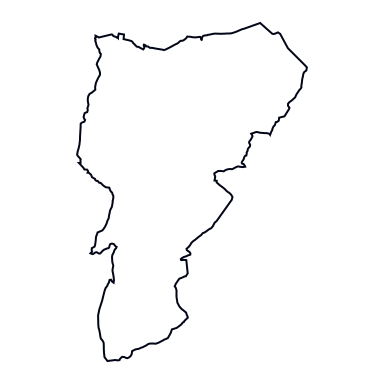 Atempan, Puebla, Mexico
{"feature_id": "50627088B4363090136249", "entity_name": "Atempan", "entity_type": "district", "adm_level": 2, "iso_a3": "MEX", "parent_name": "Mexico", "parent_adm1": "Puebla", "projection": "albers", "projection_center": [-97.445, 19.802], "detail": "fine", "context": "isolated", "style": "outline", "palette": "ink", "viewbox_px": 384, "rotation_deg": 0, "n_neighbors": 0, "source": "geoboundaries", "source_scale": "gbopen_adm2", "svg_char_len": 5814}
<svg xmlns="http://www.w3.org/2000/svg" viewBox="0 0 384 384"><path d="M107.5,361.0L115.3,360.0L116.3,360.1L117.3,360.4L119.5,360.1L119.9,359.0L122.1,356.8L124.5,357.1L125.0,357.4L126.2,358.0L127.2,358.2L128.9,357.5L130.6,356.1L131.7,354.2L132.1,351.1L135.5,349.4L138.8,348.8L140.7,347.9L142.7,347.2L145.9,345.6L148.2,344.1L149.7,343.6L152.1,343.5L155.9,343.7L159.0,342.5L160.6,341.6L162.7,340.6L164.0,339.7L166.1,338.9L167.9,338.0L170.6,333.2L171.9,329.4L176.7,327.9L179.7,325.7L181.4,324.3L182.8,322.5L184.0,321.9L184.5,320.8L187.8,317.7L187.5,316.3L186.8,315.0L186.1,312.6L183.1,310.1L181.7,309.1L179.4,306.5L177.4,302.7L176.5,296.8L176.5,290.4L176.2,289.2L175.6,287.5L174.7,286.4L175.8,283.8L178.1,280.4L179.3,278.7L182.2,277.6L184.8,276.3L185.8,276.3L187.7,273.4L186.3,260.1L184.1,259.9L181.2,260.1L180.8,259.1L181.5,258.4L183.8,257.0L186.5,256.2L188.1,255.3L189.3,255.1L190.3,254.6L190.4,253.3L189.5,252.0L186.9,250.2L186.5,248.9L188.8,246.8L190.4,244.7L191.1,243.2L193.0,241.3L195.0,239.9L199.5,236.2L200.9,235.3L202.9,233.0L204.3,232.6L206.1,231.5L208.4,229.7L209.4,229.1L211.2,228.2L212.8,226.3L214.7,222.6L216.5,221.2L231.7,199.9L232.5,197.0L231.2,194.8L230.0,193.5L228.9,192.6L227.9,192.0L226.7,191.1L224.8,189.1L223.2,187.7L219.5,185.0L218.2,183.8L216.7,182.5L216.7,180.8L214.5,180.5L215.0,178.1L215.2,176.3L214.5,174.9L214.3,173.4L215.8,172.4L216.8,171.9L217.9,171.1L220.3,170.9L223.7,171.3L225.8,169.9L227.9,169.3L229.4,169.0L230.8,169.1L232.4,169.1L236.7,166.8L238.3,166.4L240.1,166.8L242.8,167.1L245.2,166.7L244.8,165.8L244.2,165.0L243.8,164.2L243.3,163.9L242.3,163.8L241.7,162.9L241.8,162.2L242.4,161.1L243.2,160.0L243.7,159.1L244.1,157.6L244.7,156.3L245.4,155.7L246.3,155.5L246.3,155.1L246.7,153.8L246.7,152.4L247.6,150.7L247.9,148.9L248.8,147.7L249.9,146.5L250.2,144.9L249.1,142.8L249.3,141.5L251.0,139.3L252.5,136.3L252.3,135.5L251.2,133.7L253.7,132.9L255.8,132.1L257.2,132.0L259.7,132.7L264.8,133.1L266.7,133.1L268.7,133.6L269.5,134.0L270.1,134.9L271.3,131.6L272.2,130.3L272.5,128.5L272.8,128.0L273.6,126.3L274.6,125.5L275.2,124.1L275.8,122.1L277.2,121.9L278.8,120.6L279.1,117.7L284.5,116.3L288.9,109.3L289.2,108.6L289.4,107.5L288.4,106.5L288.0,105.6L288.0,103.8L288.9,102.7L289.8,101.8L291.3,100.8L292.8,99.5L295.1,97.4L296.5,94.3L298.0,92.1L299.3,90.1L300.7,88.6L301.4,87.5L301.3,86.0L301.9,82.3L302.2,79.3L303.0,76.0L303.4,73.6L304.3,72.0L306.3,70.5L306.9,67.3L303.9,64.2L287.9,48.2L280.1,33.8L277.9,32.4L275.5,33.5L273.6,34.0L272.3,33.8L260.1,23.0L243.6,28.9L242.6,29.1L242.3,29.1L236.8,31.5L233.8,32.6L231.0,33.4L227.6,33.5L223.4,33.7L221.2,33.8L215.3,33.6L214.1,33.7L211.8,34.1L209.8,34.6L207.7,34.9L206.9,35.3L205.4,35.4L204.5,35.5L203.7,35.7L202.9,36.2L202.5,36.8L202.2,37.3L202.0,38.0L201.9,38.7L201.8,39.8L201.7,39.9L201.4,39.8L201.2,39.5L200.8,38.1L200.7,37.4L200.4,37.0L200.1,36.9L198.5,37.0L195.7,37.4L193.9,37.3L192.3,37.2L191.0,36.9L189.4,36.7L187.2,36.6L186.2,38.2L184.4,39.7L182.9,40.6L182.5,40.7L180.8,40.8L180.1,41.2L179.4,41.7L178.3,42.9L176.9,43.7L174.4,44.9L171.0,46.8L165.9,49.4L163.9,50.1L163.5,49.9L162.1,49.6L155.9,48.6L152.3,47.9L151.6,47.8L150.6,47.9L149.9,47.8L148.0,46.5L146.6,46.4L146.1,46.2L145.6,45.4L144.0,44.6L143.8,44.9L143.8,45.7L143.9,46.2L144.2,46.8L144.4,47.6L144.2,48.0L143.8,48.7L143.2,49.4L141.8,48.6L140.8,48.2L138.6,46.9L137.2,46.8L136.8,46.6L136.0,45.9L134.8,44.6L133.1,43.0L132.8,42.4L132.2,41.6L131.5,41.1L129.2,40.4L123.6,39.1L124.0,34.5L118.8,33.6L118.2,35.9L118.0,37.1L118.0,37.9L118.0,38.0L117.8,37.8L117.1,37.7L117.1,37.4L113.6,36.1L113.1,35.8L112.4,34.7L111.7,34.4L98.8,37.5L98.3,37.1L95.5,35.7L95.5,36.2L95.7,36.5L95.8,37.6L95.1,38.0L95.0,38.3L95.1,39.0L95.6,39.7L95.6,40.0L95.3,40.5L95.3,41.3L95.9,42.4L96.2,44.2L96.6,45.4L97.1,46.3L97.2,46.7L97.3,47.1L97.9,48.0L98.4,48.5L99.2,49.4L99.3,50.3L99.3,50.8L99.6,52.2L99.8,52.4L99.9,53.0L100.8,53.8L100.7,55.2L100.4,56.7L99.3,58.5L97.4,62.2L96.7,64.3L97.9,67.1L99.3,70.2L100.0,72.8L100.0,74.9L98.6,77.2L97.1,80.2L95.9,83.0L95.1,87.3L95.3,89.7L92.0,92.5L89.6,93.9L88.3,96.1L87.8,98.6L87.8,101.0L88.5,104.8L87.4,108.4L87.7,109.5L87.7,110.5L87.2,112.1L85.7,112.6L84.6,113.2L83.6,117.0L84.1,118.6L85.1,119.9L84.4,121.6L81.9,122.6L80.7,123.6L80.6,127.0L80.0,137.4L80.0,139.6L79.5,144.1L79.3,145.3L78.6,148.4L77.8,150.9L77.1,154.7L77.7,155.8L78.6,156.8L80.7,159.2L80.5,159.7L80.5,163.0L79.0,163.0L83.6,168.0L84.3,169.4L87.2,169.7L88.1,171.2L87.6,172.7L88.9,172.8L91.1,174.8L92.0,177.2L94.9,178.8L94.9,179.1L95.3,179.9L96.4,180.9L97.4,180.9L98.0,181.2L98.9,182.5L99.7,182.9L100.6,182.9L101.3,183.5L103.0,185.3L105.7,187.2L107.5,187.5L109.0,187.5L109.5,188.0L109.7,189.3L110.6,191.0L111.4,192.1L111.8,192.3L112.1,192.6L112.5,194.0L112.7,194.8L113.2,195.5L113.3,196.1L113.3,196.7L113.3,198.1L112.8,200.7L112.6,201.0L112.7,202.1L112.1,205.7L111.7,207.2L110.3,209.9L109.9,211.4L109.0,216.0L108.6,218.5L107.4,220.8L106.6,223.5L105.2,226.4L103.9,228.5L102.4,230.4L97.5,232.5L97.1,234.2L96.3,235.9L95.9,237.9L95.8,240.0L95.4,242.9L95.1,245.0L94.6,246.6L91.8,248.2L91.7,250.6L92.1,251.7L91.2,252.6L90.5,253.3L92.4,254.1L93.3,253.9L94.3,253.2L95.1,252.6L96.2,252.2L97.2,252.5L98.9,253.5L99.9,253.6L101.0,252.7L102.5,250.9L104.2,249.6L107.5,248.3L108.5,248.2L109.2,247.3L109.6,245.5L110.1,244.3L111.0,243.8L111.9,243.6L113.7,244.0L115.5,246.2L116.6,246.9L116.1,248.2L115.1,249.2L114.3,250.5L113.7,252.5L112.4,254.9L112.0,257.1L112.2,259.9L112.2,260.9L112.4,262.4L113.3,265.6L112.5,269.8L112.6,271.5L113.2,274.2L113.6,276.8L113.8,278.6L113.9,280.4L113.6,282.7L112.1,281.6L111.0,279.7L109.6,279.9L108.9,282.5L107.6,284.7L107.3,285.9L105.8,287.7L104.9,289.8L104.0,293.1L102.1,300.8L99.4,309.1L98.1,315.4L98.3,324.7L98.6,327.9L99.2,329.7L100.0,333.9L100.3,336.3L100.9,338.7L102.4,340.4L103.6,342.6L103.8,345.7L103.8,348.9L104.0,352.5L104.5,357.2L107.5,361.0Z" fill="none" stroke="#020617" stroke-width="2"/></svg>